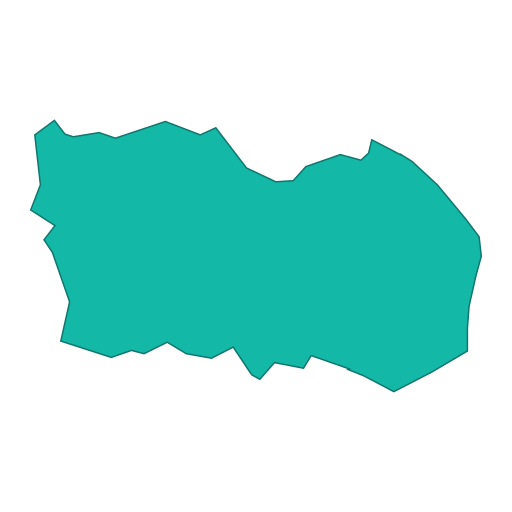 the border of Mid Ulster
{"feature_id": "GBR-2091", "entity_name": "Mid Ulster", "entity_type": "Province", "adm_level": 1, "iso_a3": "GBR", "parent_name": "United Kingdom", "parent_adm1": "", "projection": "mercator", "projection_center": [-6.696, 54.64], "detail": "fine", "context": "isolated", "style": "filled", "palette": "teal", "viewbox_px": 512, "rotation_deg": 0, "n_neighbors": 0, "source": "natural_earth", "source_scale": "10m", "svg_char_len": 804}
<svg xmlns="http://www.w3.org/2000/svg" viewBox="0 0 512 512"><path d="M111.3,357.4L60.8,341.1L69.6,301.8L52.4,252.4L44.0,239.8L55.0,225.6L30.7,210.0L40.4,184.8L34.8,134.9L54.4,120.4L64.9,134.1L73.3,136.8L99.1,132.6L115.4,138.2L165.3,121.5L200.3,134.9L215.8,127.8L246.5,168.0L275.8,181.8L293.2,180.7L305.9,166.6L340.3,154.6L360.9,160.2L368.6,153.1L371.8,139.8L399.5,154.2L400.5,154.8L400.6,154.3L412.0,161.4L418.9,167.8L437.3,184.8L466.0,219.4L479.1,236.8L481.3,256.3L476.1,275.1L469.1,306.0L467.4,327.8L467.4,351.1L466.6,351.5L431.7,372.1L396.4,390.3L393.8,391.6L363.7,375.8L348.0,369.5L349.3,368.9L311.2,355.6L303.5,368.2L274.5,362.6L259.8,379.3L251.7,374.8L233.2,347.1L211.5,358.2L186.3,353.7L167.2,342.2L144.0,353.7L131.5,350.4L111.3,357.4Z" fill="#14b8a6" stroke="#0f766e" stroke-width="1.5"/></svg>